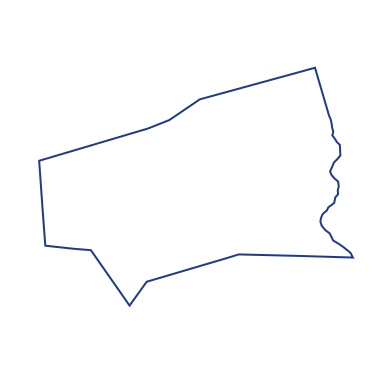 the district of Taipu, Rio Grande do Norte, Brazil, rotated 80°
{"feature_id": "56859067B84836905302883", "entity_name": "Taipu", "entity_type": "district", "adm_level": 2, "iso_a3": "BRA", "parent_name": "Brazil", "parent_adm1": "Rio Grande do Norte", "projection": "robinson", "projection_center": [-35.567, -5.604], "detail": "fine", "context": "isolated", "style": "outline", "palette": "blue", "viewbox_px": 384, "rotation_deg": 80, "n_neighbors": 0, "source": "geoboundaries", "source_scale": "gbopen_adm2", "svg_char_len": 772}
<svg xmlns="http://www.w3.org/2000/svg" viewBox="0 0 384 384"><g transform="rotate(80 192 192)"><path d="M284.5,44.9L279.6,46.4L276.9,48.6L271.4,53.5L267.8,57.3L264.3,61.4L256.8,63.5L252.6,67.4L247.7,70.1L243.9,70.7L240.4,69.7L236.2,67.0L233.8,62.6L230.8,60.4L227.4,53.8L222.3,51.9L219.4,48.4L215.6,48.2L212.0,46.5L207.1,46.3L203.0,49.6L199.7,51.5L195.9,52.5L191.2,49.4L187.6,47.1L185.3,43.8L181.8,39.5L178.1,39.1L171.3,38.2L167.9,40.7L164.1,42.2L160.6,44.0L157.4,42.4L153.0,42.8L149.1,42.6L144.7,42.8L140.4,43.8L91.0,49.3L102.1,168.2L117.2,201.8L120.9,219.7L121.9,224.9L134.7,337.1L187.5,342.6L219.4,345.8L226.2,322.4L227.9,316.4L231.7,301.7L293.0,273.2L272.5,252.2L263.0,168.2L261.6,156.7L273.9,95.9L284.5,44.9Z" fill="none" stroke="#1e3a8a" stroke-width="2"/></g></svg>